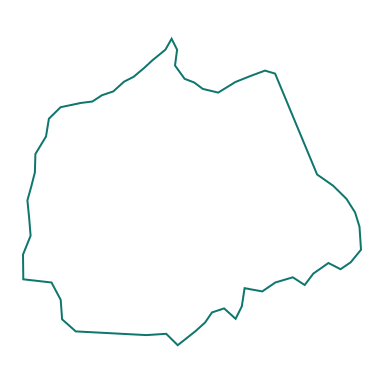 outline of Anhanguera, Goiás, Brazil
{"feature_id": "56859067B76787904233640", "entity_name": "Anhanguera", "entity_type": "district", "adm_level": 2, "iso_a3": "BRA", "parent_name": "Brazil", "parent_adm1": "Goiás", "projection": "natural_earth1", "projection_center": [-48.225, -18.31], "detail": "fine", "context": "isolated", "style": "outline", "palette": "teal", "viewbox_px": 384, "rotation_deg": 0, "n_neighbors": 0, "source": "geoboundaries", "source_scale": "gbopen_adm2", "svg_char_len": 812}
<svg xmlns="http://www.w3.org/2000/svg" viewBox="0 0 384 384"><path d="M177.7,345.2L195.2,331.4L205.1,322.5L212.0,312.4L224.1,308.4L235.6,318.8L241.8,306.4L244.6,288.2L262.3,291.4L275.3,282.5L292.8,277.3L304.7,285.0L313.3,273.6L328.4,263.0L340.5,269.2L350.7,262.3L361.0,249.7L359.5,226.8L355.1,212.5L346.5,198.9L333.2,185.8L317.1,174.5L275.1,73.6L265.0,70.6L251.5,75.6L235.4,82.0L218.2,92.6L202.8,88.9L194.2,82.5L184.6,78.8L175.0,65.5L177.1,49.7L171.6,38.8L165.4,49.7L152.4,60.3L144.2,67.9L133.6,76.8L124.0,81.7L113.3,91.4L101.8,95.3L92.4,101.5L80.5,103.0L60.6,107.2L48.9,118.7L46.0,136.5L35.4,154.0L34.9,172.3L31.2,186.8L27.4,200.4L29.1,217.4L30.6,235.7L23.0,254.6L23.3,279.3L51.5,282.5L60.7,299.8L62.1,319.3L75.7,331.4L146.5,335.1L166.2,333.8L177.7,345.2Z" fill="none" stroke="#0f766e" stroke-width="2"/></svg>